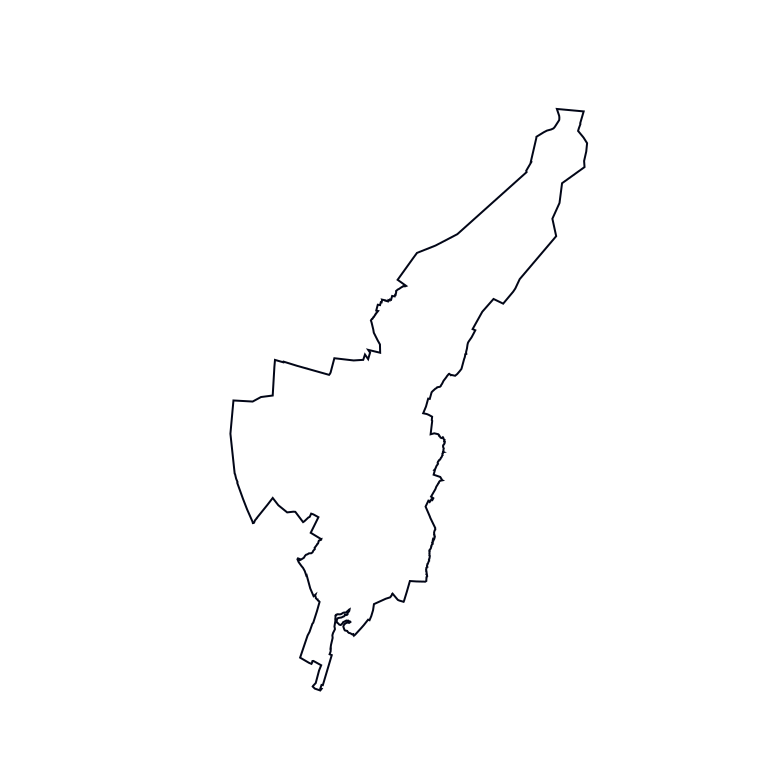 outline of Toluca, México, Mexico, rotated 194°
{"feature_id": "50627088B786178294902", "entity_name": "Toluca", "entity_type": "district", "adm_level": 2, "iso_a3": "MEX", "parent_name": "Mexico", "parent_adm1": "México", "projection": "equal_earth", "projection_center": [-99.68, 19.284], "detail": "fine", "context": "isolated", "style": "outline", "palette": "ink", "viewbox_px": 768, "rotation_deg": 194, "n_neighbors": 0, "source": "geoboundaries", "source_scale": "gbopen_adm2", "svg_char_len": 6099}
<svg xmlns="http://www.w3.org/2000/svg" viewBox="0 0 768 768"><g transform="rotate(194 384 384)"><path d="M306.9,307.4L313.9,308.0L313.8,312.7L314.4,312.7L313.7,314.1L313.2,317.4L312.5,318.9L312.3,319.7L312.9,320.4L312.8,321.8L312.4,322.2L312.4,322.7L312.2,323.4L311.4,324.1L311.3,324.7L311.0,325.2L310.9,326.2L310.5,326.7L310.2,328.7L309.9,329.1L310.5,330.3L310.1,331.0L310.3,332.0L309.7,332.3L310.4,332.4L310.4,332.9L310.1,333.4L310.5,334.9L310.4,335.9L311.3,337.0L311.6,337.7L311.6,338.5L311.8,338.8L311.1,340.2L310.9,340.9L311.1,341.1L310.9,342.6L311.1,342.9L311.8,342.9L311.8,344.4L312.3,344.4L313.6,346.3L314.0,346.6L314.8,345.5L316.1,345.6L317.3,346.8L317.3,346.6L317.7,346.7L318.8,348.0L319.3,348.4L323.3,348.3L326.6,346.5L328.3,359.9L328.9,360.5L329.4,363.9L333.2,364.9L335.2,365.2L338.9,365.1L337.8,372.3L337.7,376.7L337.6,380.5L336.0,380.6L335.8,387.5L335.1,388.8L333.0,391.9L332.0,392.8L331.6,393.7L329.1,394.8L328.4,395.8L328.4,396.4L327.7,398.3L327.0,401.5L325.3,405.4L324.7,407.1L323.5,409.5L323.1,409.7L321.2,408.7L320.8,409.1L317.0,409.2L315.4,411.3L313.6,414.9L312.5,417.4L312.3,427.7L312.1,429.4L312.2,431.6L312.4,432.5L311.4,433.1L312.0,434.4L312.1,435.5L312.1,438.5L312.5,442.4L312.5,444.2L312.2,445.5L310.3,450.5L308.4,458.2L311.3,458.7L306.1,477.9L298.3,493.0L287.8,490.8L281.0,504.8L279.7,508.4L277.7,518.6L252.7,569.1L260.6,585.1L257.5,602.1L259.8,621.9L241.9,643.0L243.8,648.8L244.0,658.5L245.2,666.8L250.0,671.4L256.9,676.5L256.8,679.2L256.3,683.8L256.7,684.4L256.2,696.8L282.8,692.7L278.9,686.6L278.3,684.9L277.9,683.0L277.9,682.3L280.5,674.7L281.4,673.0L283.4,671.4L287.2,669.3L289.9,666.9L295.9,660.8L295.7,659.2L295.3,634.9L294.8,634.9L297.6,625.3L296.9,624.1L349.1,547.1L367.5,530.8L383.7,519.2L386.0,513.6L396.0,488.4L386.2,484.5L386.9,484.0L387.5,484.0L388.1,483.6L388.6,483.7L389.4,483.3L389.6,482.8L390.3,482.3L392.4,479.9L393.5,479.0L394.8,477.1L394.4,476.1L394.3,473.2L394.8,473.2L394.8,471.6L397.4,471.4L397.5,467.4L398.7,467.4L398.7,466.4L400.1,466.5L400.1,465.1L402.9,465.2L402.9,465.5L406.3,465.4L406.1,465.1L406.1,462.6L406.9,462.6L406.9,459.6L409.2,459.4L409.3,453.4L407.4,453.4L408.6,450.8L409.1,449.4L409.2,449.5L410.1,446.5L410.4,446.4L410.7,445.5L410.7,445.2L411.0,444.4L411.4,444.3L412.1,442.5L411.0,440.8L407.6,434.3L406.3,431.3L400.7,424.8L397.5,421.4L395.3,413.4L407.6,413.3L405.1,411.1L405.4,404.3L409.6,408.0L410.0,402.4L419.2,399.5L438.4,397.0L438.6,382.2L438.9,380.9L439.5,379.6L472.6,380.6L486.8,381.4L486.8,380.7L495.6,381.0L494.5,374.1L489.2,345.9L500.2,341.6L507.2,335.2L526.1,331.6L521.0,298.6L507.2,260.9L506.7,260.5L504.6,256.4L502.4,253.4L502.5,252.6L493.0,238.4L486.5,229.2L478.2,218.5L477.6,217.3L476.8,217.6L476.5,218.2L476.2,220.5L474.9,223.1L475.0,223.2L467.9,238.5L464.4,246.5L457.2,240.8L446.9,236.0L441.0,238.2L439.1,238.5L429.1,230.4L428.6,230.9L427.7,232.1L425.0,236.3L424.1,236.9L423.9,237.3L423.3,240.6L421.0,240.4L415.4,238.9L419.1,221.9L407.5,218.3L407.3,218.4L407.3,217.7L409.3,216.2L409.4,215.6L409.4,213.3L410.2,212.3L410.2,211.7L411.7,208.2L411.3,207.5L411.2,207.0L412.3,205.1L412.6,203.4L413.6,202.2L415.9,201.5L417.0,200.3L418.4,199.4L419.1,198.1L419.7,196.0L422.4,193.2L423.2,192.7L423.6,193.4L423.5,193.8L425.3,194.0L425.6,193.0L423.7,190.5L419.9,187.3L418.1,186.0L415.6,183.3L413.1,179.4L412.8,179.8L406.1,167.8L401.0,161.1L399.5,163.1L399.6,161.8L398.6,160.6L398.3,159.7L396.8,158.8L396.3,158.9L395.8,158.0L394.6,157.6L393.8,157.0L394.1,147.4L394.9,135.2L395.5,134.1L396.3,125.4L397.3,121.5L399.2,98.2L389.3,95.3L386.7,94.9L386.5,95.9L386.3,96.2L386.5,97.6L386.4,97.9L385.5,98.2L376.9,95.9L377.7,90.3L377.9,77.3L379.7,74.1L380.0,73.2L377.4,71.7L371.7,71.2L370.8,73.2L372.1,73.3L371.8,76.9L370.5,77.0L369.1,108.3L371.4,108.6L371.1,111.6L371.6,114.4L371.9,114.3L372.3,118.0L372.4,125.2L373.3,127.7L373.2,130.1L372.3,134.0L372.6,135.1L373.4,136.6L373.9,142.5L374.4,144.1L374.6,145.9L375.1,147.5L374.8,148.3L374.2,148.3L374.0,149.0L373.3,149.4L371.1,149.8L369.9,150.4L368.2,152.2L367.2,152.7L365.6,153.0L365.0,154.1L364.0,155.4L363.4,156.5L362.9,157.0L362.8,155.5L363.0,154.7L364.0,153.2L363.6,151.9L363.9,151.2L364.7,150.7L366.2,150.6L366.2,149.5L366.9,148.6L367.6,148.3L368.7,147.2L371.5,146.0L372.2,145.5L372.6,144.3L372.7,143.3L372.1,141.3L371.4,140.9L370.6,140.7L369.4,139.8L368.1,139.6L367.6,139.8L366.3,141.8L366.1,142.9L363.3,145.4L362.4,145.4L361.6,145.8L360.3,145.3L359.3,145.3L359.0,145.0L360.0,143.8L362.2,143.6L363.9,141.9L364.7,140.1L364.8,138.9L364.5,138.3L362.9,135.9L362.2,135.4L360.0,135.5L358.9,134.5L357.9,134.0L356.3,134.0L354.5,133.4L353.6,133.8L353.6,133.4L352.4,132.5L352.2,133.1L351.8,133.2L351.4,133.7L347.0,141.8L345.3,145.1L342.4,151.5L340.9,151.3L340.2,155.7L339.9,161.9L340.5,168.0L330.3,176.1L326.4,178.5L326.1,179.1L326.0,179.7L325.7,180.0L325.3,181.4L325.4,182.0L325.0,182.7L318.4,177.9L316.9,177.6L312.3,177.4L312.1,178.5L311.6,187.9L311.2,199.1L304.6,200.3L296.1,202.2L295.3,203.1L296.0,206.5L295.8,206.6L295.9,207.4L295.6,208.0L296.3,209.2L296.9,209.7L296.8,210.0L296.5,210.0L297.2,211.6L297.2,211.9L297.7,212.3L297.8,213.2L298.2,213.7L298.3,214.7L298.2,214.8L298.4,215.9L298.1,216.1L298.1,217.4L297.9,217.4L298.4,218.5L298.2,219.5L298.3,219.9L298.0,220.1L297.7,222.9L297.4,223.4L297.9,224.3L297.9,225.0L297.7,225.2L297.7,225.8L297.9,228.1L298.0,228.4L298.5,228.6L298.7,230.3L299.1,230.8L299.1,231.5L299.1,232.3L299.6,232.7L299.7,232.9L299.4,233.3L299.6,233.7L299.6,234.2L299.1,234.8L299.0,235.6L298.8,236.0L298.8,237.3L298.7,237.8L299.0,238.1L298.7,239.3L298.7,240.0L298.5,240.4L298.1,240.6L298.2,241.4L298.6,241.6L298.5,241.9L298.9,242.1L298.3,243.5L298.7,243.6L298.9,244.0L298.9,245.2L298.7,245.1L298.6,245.9L297.8,245.7L297.7,247.4L297.8,248.4L298.2,248.5L298.5,249.7L299.0,249.9L299.0,250.7L299.4,251.6L299.5,253.3L299.4,254.3L299.0,255.1L299.4,256.0L299.4,256.6L306.5,265.1L307.6,266.7L314.0,275.1L312.7,281.4L311.2,280.6L310.9,281.9L310.6,281.8L310.1,283.5L309.0,283.1L308.5,285.1L311.1,286.1L308.7,294.4L308.4,297.1L307.5,299.7L307.4,300.6L307.0,301.0L306.8,302.6L306.1,303.7L304.0,304.7L304.3,304.8L306.9,307.4Z" fill="none" stroke="#020617" stroke-width="2"/></g></svg>